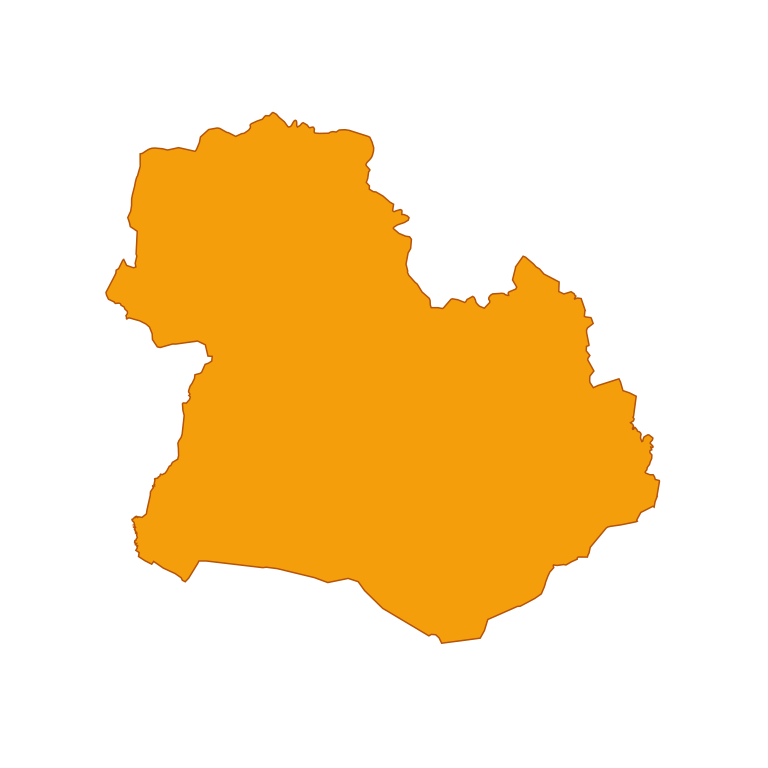 the district of Inešu pag., Vecpiebalgas, Latvia, rotated 193°
{"feature_id": "27541924B64106347464123", "entity_name": "Inešu pag.", "entity_type": "district", "adm_level": 2, "iso_a3": "LVA", "parent_name": "Latvia", "parent_adm1": "Vecpiebalgas", "projection": "orthographic", "projection_center": [25.833, 57.007], "detail": "fine", "context": "isolated", "style": "filled", "palette": "amber", "viewbox_px": 768, "rotation_deg": 193, "n_neighbors": 0, "source": "geoboundaries", "source_scale": "gbopen_adm2", "svg_char_len": 6162}
<svg xmlns="http://www.w3.org/2000/svg" viewBox="0 0 768 768"><g transform="rotate(193 384 384)"><path d="M135.5,428.8L142.9,430.6L149.7,431.3L154.0,439.1L156.2,441.9L175.1,430.7L179.2,427.5L183.6,431.7L184.4,433.7L185.2,437.9L182.4,443.9L190.9,453.3L191.1,454.8L189.8,458.1L194.4,461.8L195.2,466.2L193.0,467.6L193.1,468.4L198.1,479.5L198.8,482.2L198.3,484.5L193.8,490.0L196.8,494.7L197.4,495.2L202.7,494.7L204.0,495.0L204.8,501.1L204.6,501.1L211.1,511.6L214.9,511.3L217.4,509.7L217.6,510.2L216.8,512.8L217.8,513.2L219.0,514.7L222.4,516.0L229.0,512.2L234.5,513.4L236.3,522.8L252.9,527.1L258.2,531.0L262.3,532.4L265.2,534.5L274.6,539.4L277.2,539.8L282.2,527.6L282.0,526.8L282.2,514.3L276.5,508.3L277.0,506.1L283.0,501.8L283.5,500.5L282.5,498.4L283.8,498.1L286.1,498.4L287.4,499.1L289.6,498.9L298.5,496.2L300.0,494.7L300.9,493.1L301.3,491.4L300.9,489.9L299.6,488.8L299.4,487.1L303.3,480.4L308.6,481.3L311.0,482.8L312.7,484.2L314.1,486.8L315.7,488.7L317.3,489.3L322.1,485.0L322.7,482.9L323.6,481.6L331.2,482.7L336.5,482.4L337.8,481.6L343.2,471.4L344.0,470.7L348.6,470.5L355.2,469.0L356.6,471.3L357.9,475.7L359.1,477.6L367.6,482.2L374.1,488.8L376.7,490.1L384.2,495.4L386.0,497.7L386.3,498.2L386.3,499.4L389.5,505.7L390.0,517.1L388.5,522.0L389.8,531.1L392.2,533.2L396.3,532.9L403.3,534.1L409.8,537.5L410.0,538.1L409.5,539.2L406.8,542.0L400.5,545.9L397.2,549.1L397.0,551.7L399.1,553.0L402.7,553.6L404.8,553.2L405.4,556.6L405.9,557.4L407.4,557.6L411.8,555.1L412.5,554.4L413.5,554.2L414.6,554.8L415.1,561.3L419.1,562.5L427.3,566.9L435.0,569.3L437.7,569.0L442.2,570.5L442.8,573.8L446.6,576.4L446.1,580.5L446.6,586.4L446.6,587.5L445.9,588.9L446.0,589.6L450.3,592.7L451.0,593.8L450.4,596.1L448.4,599.3L447.1,602.1L446.7,604.7L446.6,608.7L447.2,611.9L450.1,617.1L453.3,621.2L455.2,621.7L474.9,623.3L479.2,623.0L484.8,621.4L487.2,618.8L490.7,618.4L492.8,617.4L494.4,615.9L503.5,613.6L507.5,613.0L508.6,613.6L509.0,614.9L509.1,616.7L510.4,618.3L511.6,618.2L514.0,617.0L514.9,617.2L517.2,619.1L521.5,620.4L522.6,619.6L524.0,617.0L526.1,614.9L527.1,615.9L527.7,618.6L528.3,620.2L529.0,620.9L529.8,621.0L530.6,620.3L531.3,618.8L532.3,615.1L533.1,613.8L534.7,612.9L535.6,613.2L540.1,617.1L546.2,620.2L549.5,622.6L553.0,623.6L553.8,623.3L556.1,619.5L559.5,618.9L560.4,618.0L562.1,614.6L566.6,611.8L571.7,607.9L572.6,606.7L572.6,605.7L571.9,604.4L571.9,603.4L573.0,600.9L576.6,596.9L579.0,595.9L584.2,591.9L592.2,593.9L593.7,593.8L601.7,596.1L604.2,595.9L612.1,592.5L618.4,583.4L618.2,577.7L619.3,571.1L619.8,569.3L620.5,568.2L637.3,568.1L647.5,563.3L652.7,563.4L660.2,562.4L663.2,561.5L665.1,560.4L666.8,559.1L671.4,554.3L673.4,553.4L670.5,541.2L671.0,531.2L671.5,529.8L671.7,525.8L671.5,520.3L671.7,511.7L671.5,507.5L670.1,501.0L669.7,495.4L671.1,488.5L668.4,484.1L666.6,480.3L658.8,477.3L654.8,454.9L653.6,453.1L653.6,445.7L652.1,442.2L654.2,440.9L661.4,441.6L665.6,446.8L666.4,445.8L668.5,436.7L670.6,434.6L670.2,431.7L670.7,429.2L675.5,410.6L674.3,408.1L671.5,404.6L665.2,403.2L664.9,402.6L663.7,402.1L660.8,403.1L659.3,403.1L658.4,402.5L658.0,401.6L654.6,400.6L653.4,398.8L650.4,397.0L650.1,396.3L649.9,394.7L650.8,392.5L650.0,391.3L649.6,389.7L649.2,389.5L647.8,390.9L646.6,391.1L636.2,390.6L629.4,388.9L625.3,386.7L621.2,380.8L619.6,375.2L613.2,369.2L610.3,369.2L599.0,375.4L595.8,376.1L575.4,383.9L566.9,382.0L561.8,371.6L557.6,372.3L557.0,367.6L559.7,364.8L562.7,362.9L564.3,354.6L565.4,353.1L570.3,350.5L569.9,346.8L571.1,341.6L572.4,338.4L572.8,334.2L572.7,332.4L571.1,330.8L570.8,330.0L571.6,329.0L569.8,327.7L570.0,325.1L572.3,320.9L575.2,320.4L575.8,319.9L575.9,319.3L574.0,313.1L571.6,308.3L569.4,289.7L569.7,286.2L571.1,282.6L571.5,279.9L569.9,275.1L568.0,267.9L568.1,264.3L572.5,260.1L573.4,256.6L574.7,255.6L576.1,250.4L577.2,247.9L579.7,245.8L581.5,245.8L581.8,243.5L583.0,242.6L583.3,241.4L586.0,240.2L586.1,239.7L585.6,239.1L585.5,235.3L585.0,234.7L585.5,234.3L584.7,233.2L585.3,233.1L585.4,232.5L586.5,232.7L586.5,232.4L585.5,231.4L585.8,230.8L585.7,230.2L586.1,229.8L587.3,226.3L586.7,222.9L586.6,208.0L586.3,204.0L589.7,199.6L593.2,199.4L594.0,198.6L594.5,199.2L595.3,198.7L595.5,199.3L596.3,198.9L596.2,198.0L597.2,197.9L597.9,196.3L599.1,195.4L598.5,194.2L596.5,193.0L595.5,190.7L595.8,190.5L595.2,190.5L595.1,189.5L594.2,188.6L594.9,188.5L594.2,188.0L594.2,187.6L594.8,187.6L594.2,187.2L594.0,186.6L594.3,186.1L593.6,185.8L593.4,185.3L593.5,185.0L593.0,184.8L592.7,183.7L592.0,184.0L591.6,183.7L592.1,182.5L591.1,182.5L590.8,180.5L589.8,179.1L590.6,177.0L590.5,176.0L591.5,175.4L591.4,173.6L590.8,173.4L590.6,172.5L589.5,172.8L589.9,172.2L589.9,171.4L587.7,171.1L587.6,170.6L588.2,170.1L587.5,168.9L588.4,166.1L584.7,164.7L584.4,160.7L577.4,158.1L569.8,156.2L568.5,159.3L557.7,155.0L544.8,152.3L538.1,149.6L536.3,147.4L533.2,146.6L530.7,150.8L525.2,167.1L524.5,169.9L517.1,171.6L460.8,177.8L457.5,179.0L446.4,180.1L408.3,179.7L394.1,177.9L375.2,186.5L364.7,185.6L356.4,178.3L334.8,165.1L283.6,148.7L281.5,150.7L277.2,151.3L273.3,149.1L269.5,144.4L233.1,158.0L230.7,166.3L229.9,177.9L204.0,197.3L201.3,198.1L188.8,209.0L183.5,214.9L182.2,222.1L181.9,225.9L182.0,226.9L181.1,233.6L180.2,237.9L177.3,243.3L178.2,244.9L178.1,245.8L174.6,246.1L168.3,248.5L166.0,248.6L161.3,253.0L156.3,256.8L156.6,257.8L155.9,259.1L146.9,261.1L146.7,263.7L146.2,265.4L146.3,271.3L135.1,293.6L133.8,295.0L131.4,296.2L121.8,299.9L107.5,306.4L106.3,307.3L107.2,308.2L104.9,316.6L94.5,325.3L93.1,324.8L93.4,330.3L92.5,336.0L92.8,336.0L93.7,351.3L94.1,351.9L98.2,352.0L99.6,354.5L101.3,356.1L104.5,355.4L108.9,356.1L109.7,356.7L109.6,357.5L108.6,359.4L108.7,361.9L107.2,365.4L107.1,368.0L106.4,371.6L107.0,375.1L109.4,376.9L109.8,378.0L109.8,379.1L108.3,380.1L109.8,382.5L108.2,382.5L107.8,382.8L107.7,383.3L108.1,384.0L111.4,386.2L111.3,387.2L109.9,389.8L109.8,391.5L110.0,392.0L114.4,394.0L115.7,393.7L118.7,390.9L119.1,388.6L119.0,386.6L119.8,385.9L121.8,388.8L122.2,390.8L122.2,392.8L122.9,393.9L124.3,394.8L126.4,395.1L127.4,396.5L129.5,398.1L130.1,398.1L130.7,396.0L131.5,395.8L131.9,396.5L131.5,398.6L131.7,399.5L132.7,400.7L135.1,401.7L132.8,404.0L132.4,405.5L132.6,406.5L133.9,407.5L133.6,408.8L135.5,428.8Z" fill="#f59e0b" stroke="#b45309" stroke-width="1.5"/></g></svg>